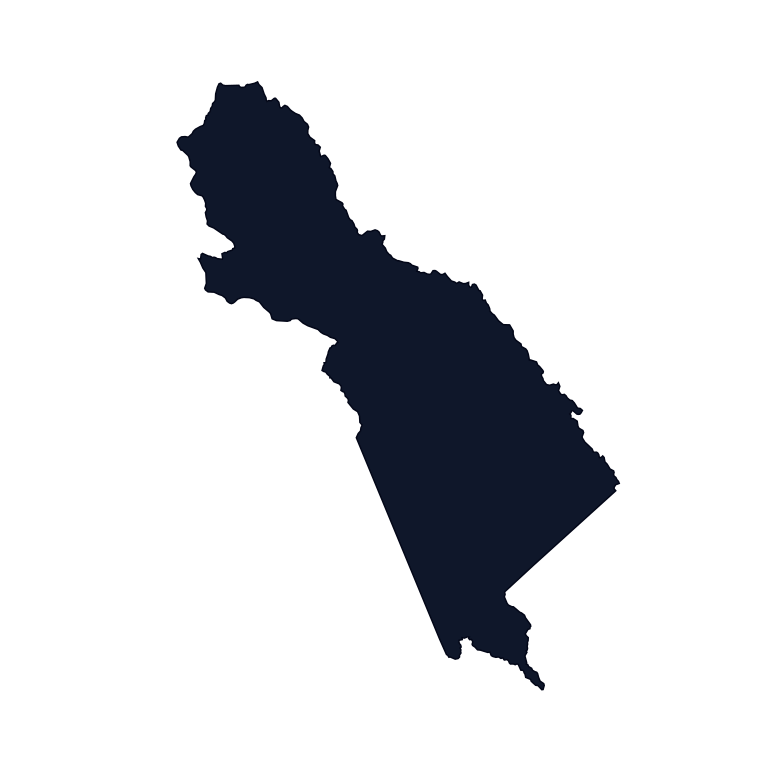 Ji-Paraná, Rondônia, Brazil (Robinson projection), rotated 318°
{"feature_id": "56859067B65069967898221", "entity_name": "Ji-Paraná", "entity_type": "district", "adm_level": 2, "iso_a3": "BRA", "parent_name": "Brazil", "parent_adm1": "Rondônia", "projection": "robinson", "projection_center": [-61.749, -10.449], "detail": "fine", "context": "isolated", "style": "filled", "palette": "ink", "viewbox_px": 768, "rotation_deg": 318, "n_neighbors": 0, "source": "geoboundaries", "source_scale": "gbopen_adm2", "svg_char_len": 6112}
<svg xmlns="http://www.w3.org/2000/svg" viewBox="0 0 768 768"><g transform="rotate(318 384 384)"><path d="M476.0,64.9L465.8,56.2L464.2,54.0L463.9,51.2L462.3,50.5L458.8,52.0L453.1,55.7L448.6,60.2L447.0,60.8L444.3,60.9L442.1,62.7L439.7,63.2L437.1,65.2L434.6,65.3L432.9,66.4L431.6,65.7L429.4,67.0L428.8,68.2L427.0,68.3L424.9,70.1L422.7,70.9L419.6,69.7L414.4,68.5L411.4,68.6L409.0,69.6L403.7,69.6L401.7,67.0L398.8,64.8L396.4,64.5L392.0,65.9L390.4,69.5L389.7,74.2L390.7,75.7L391.3,83.0L391.0,84.5L388.7,89.2L386.0,92.1L385.8,93.5L386.8,99.2L386.4,101.0L384.4,102.1L381.4,102.8L374.3,105.6L373.2,107.6L372.1,111.6L371.9,115.5L372.3,118.6L374.7,122.3L374.7,124.1L373.8,127.2L372.5,130.3L370.2,132.5L369.6,135.2L368.3,136.3L366.0,137.1L363.7,140.8L362.0,144.7L359.6,146.7L359.7,149.5L361.9,154.1L364.5,164.7L365.3,165.9L365.6,167.6L365.4,170.4L366.7,176.0L366.6,178.8L365.2,182.0L363.9,183.0L362.2,182.2L360.9,183.0L356.4,181.0L354.9,181.2L353.7,179.7L350.7,178.8L348.4,182.3L347.3,183.1L343.9,179.2L343.4,177.4L342.5,176.0L341.1,175.3L340.4,173.0L339.0,171.2L336.5,165.5L334.8,165.4L331.3,168.4L329.9,166.5L329.0,170.7L327.0,176.6L326.2,182.0L319.3,190.4L314.8,192.9L314.3,194.6L314.9,197.8L319.2,202.1L321.3,207.1L322.9,209.9L323.7,214.0L322.8,217.6L323.4,220.5L324.4,222.2L326.0,222.9L327.9,223.1L332.0,223.0L335.7,224.4L337.9,225.9L341.8,229.8L344.4,233.8L344.9,236.2L346.4,239.6L345.9,246.6L346.9,254.0L346.8,255.9L344.5,260.7L346.5,264.9L354.2,272.7L356.9,274.1L358.2,273.8L359.6,274.4L362.4,276.4L363.8,278.1L364.6,284.6L366.4,289.8L371.5,299.4L371.7,303.4L372.5,306.2L374.5,310.0L375.4,313.4L377.9,317.4L378.1,320.9L377.5,322.3L376.3,321.9L373.6,322.7L372.2,321.3L370.5,320.9L369.1,321.7L368.0,321.1L364.1,322.9L362.5,324.2L357.7,326.8L355.9,328.6L354.8,329.1L353.7,328.1L352.8,329.5L351.1,329.9L347.0,332.5L347.6,334.4L348.7,336.1L348.4,338.9L348.9,342.1L347.9,343.2L348.8,344.1L348.3,348.8L350.9,354.1L350.7,356.9L349.8,358.3L347.7,359.9L348.2,362.0L348.9,362.9L348.5,365.0L347.1,367.0L347.4,370.3L346.9,372.1L344.9,373.6L344.5,382.1L345.9,386.9L344.4,391.4L340.4,396.4L340.3,399.9L337.6,401.1L335.1,403.2L331.8,403.5L327.5,405.4L254.6,610.9L249.4,626.9L249.9,628.1L249.4,630.5L250.5,631.1L252.8,636.1L255.4,637.6L257.5,637.4L258.5,636.1L261.2,635.4L262.1,633.9L263.2,633.1L263.9,631.1L265.3,631.1L266.3,629.4L266.3,627.9L267.0,625.8L268.4,624.7L271.1,626.3L272.3,624.7L273.7,626.6L276.9,627.8L278.0,629.2L276.7,629.6L276.6,631.3L278.1,632.4L277.5,635.0L275.4,636.3L274.9,637.6L275.6,640.4L275.6,644.1L277.5,646.2L281.5,652.9L283.3,654.1L282.0,657.6L282.6,659.4L284.3,662.0L286.5,663.5L287.3,666.2L289.0,667.0L288.7,669.6L291.1,671.2L291.3,673.1L290.5,675.3L290.6,676.7L292.8,678.6L293.7,680.4L295.6,681.0L296.1,682.3L294.2,688.2L295.4,689.5L295.8,690.7L294.9,692.3L294.6,694.1L293.0,696.8L295.3,701.6L294.5,703.5L295.1,709.3L296.6,711.1L296.7,716.8L297.8,717.5L301.4,715.2L302.2,713.6L301.2,709.2L302.5,705.6L304.4,701.9L304.6,700.4L303.6,698.7L302.8,696.1L303.5,694.0L302.4,690.8L303.1,688.6L302.3,687.4L303.6,686.5L306.8,680.3L310.7,679.0L311.0,677.4L312.4,677.5L313.7,676.6L315.0,674.6L316.6,673.5L317.8,671.9L319.3,671.2L321.5,669.0L321.3,666.4L321.8,664.2L326.8,662.7L328.7,663.5L329.7,662.5L330.9,662.3L331.8,660.9L332.7,652.5L333.7,649.8L333.0,646.1L332.2,644.5L331.1,636.2L330.0,635.1L328.5,631.5L328.7,629.3L331.0,622.7L333.2,621.4L334.5,619.2L373.3,618.7L484.8,618.4L484.9,615.7L486.1,614.7L488.8,613.9L492.3,615.3L493.1,613.2L493.1,610.8L493.8,608.6L493.4,606.3L494.3,604.6L495.8,603.7L496.5,602.2L495.1,598.4L496.2,592.9L496.1,589.7L498.4,585.9L498.4,583.8L496.3,583.9L494.8,582.8L496.3,580.3L496.7,578.4L496.4,577.0L494.0,574.8L495.2,571.6L494.4,561.5L495.2,557.2L495.8,555.8L499.8,553.7L500.7,551.7L499.3,547.2L499.9,545.1L502.7,540.9L501.5,536.3L499.8,534.7L502.0,532.3L502.0,530.5L503.8,530.4L505.3,529.5L506.6,530.4L507.2,535.4L508.0,536.5L509.4,537.5L511.2,537.3L513.8,536.4L513.5,533.6L511.7,531.4L512.8,525.4L512.8,522.3L511.3,520.2L510.9,517.0L511.4,514.5L511.1,512.4L509.4,511.4L508.5,509.9L509.2,505.7L513.1,503.4L514.4,499.8L512.5,500.2L511.1,499.7L509.8,497.4L506.3,495.8L504.4,493.2L504.7,488.0L505.7,486.4L506.4,483.4L507.9,481.8L509.6,482.2L510.8,481.3L511.1,480.1L511.3,474.9L510.9,472.8L512.1,469.6L509.0,464.2L508.1,463.4L511.1,458.5L512.6,455.1L512.8,452.7L511.2,448.2L512.6,445.9L511.3,439.7L511.7,436.5L513.4,433.3L515.5,431.0L516.9,424.1L512.3,419.7L511.4,413.5L512.1,406.6L511.5,404.4L511.5,400.9L513.0,398.6L514.3,394.9L514.2,392.4L515.4,389.3L513.6,388.3L513.8,386.5L516.7,383.9L517.8,379.0L517.1,378.0L518.6,372.0L518.0,370.2L516.3,369.3L513.7,370.6L512.7,369.6L512.9,367.3L514.9,365.1L511.8,363.9L510.0,362.4L508.1,358.4L505.3,357.9L504.8,355.6L503.0,352.5L503.0,346.5L503.4,342.5L501.1,342.0L499.3,340.6L498.4,335.1L497.8,333.8L496.3,332.6L492.5,333.6L491.2,333.0L489.7,331.2L488.4,327.9L485.5,325.8L485.3,324.2L483.8,322.1L486.6,320.8L487.2,319.7L484.2,314.3L484.1,312.2L483.2,310.1L480.2,306.8L477.4,302.2L476.5,301.3L474.6,296.1L475.1,292.8L474.5,291.1L474.6,287.4L475.9,283.9L476.0,279.0L478.2,277.7L478.9,276.8L481.2,276.6L483.8,274.3L481.2,272.4L481.0,271.1L482.0,267.7L481.7,265.7L480.5,263.5L476.3,261.8L474.0,259.4L467.0,259.0L465.1,256.0L465.6,253.2L466.8,252.4L467.5,251.1L467.4,247.7L468.7,245.0L469.5,241.2L468.8,239.3L469.1,236.7L472.1,229.5L471.7,227.8L472.4,223.8L473.9,222.8L474.1,221.3L471.8,214.7L473.8,211.6L476.6,208.5L482.4,205.5L483.4,203.6L484.2,200.9L486.7,196.4L486.7,193.7L488.2,191.9L488.7,188.3L488.1,186.7L491.9,184.2L493.1,179.0L493.3,174.9L492.6,173.9L489.1,172.7L491.7,167.5L495.1,165.4L494.9,162.2L493.1,160.0L493.9,158.1L495.3,156.8L494.1,151.0L494.9,146.9L497.1,144.5L499.9,142.6L500.9,139.7L500.2,135.4L501.2,131.5L501.1,127.6L499.2,123.7L498.2,119.9L497.8,117.6L497.9,113.1L496.8,110.6L494.9,110.3L492.8,110.5L491.8,109.3L492.3,107.6L494.4,104.3L494.6,99.1L493.7,98.3L489.8,98.1L487.6,96.0L486.1,95.8L486.4,94.3L487.8,92.4L489.0,88.2L491.7,82.1L491.4,77.8L492.2,74.9L489.0,73.9L483.9,71.1L483.0,70.0L481.6,69.7L479.5,70.3L478.2,69.6L476.4,68.1L475.6,66.5L476.0,64.9Z" fill="#0f172a" stroke="#020617" stroke-width="1.5"/></g></svg>